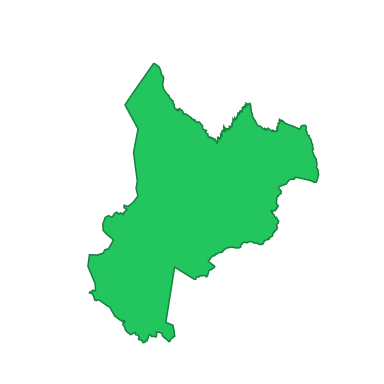 Bodi, Western, Ghana, rotated 161°
{"feature_id": "2480657B1960270363323", "entity_name": "Bodi", "entity_type": "district", "adm_level": 2, "iso_a3": "GHA", "parent_name": "Ghana", "parent_adm1": "Western", "projection": "equal_earth", "projection_center": [-2.872, 6.24], "detail": "fine", "context": "isolated", "style": "filled", "palette": "green", "viewbox_px": 384, "rotation_deg": 161, "n_neighbors": 0, "source": "geoboundaries", "source_scale": "gbopen_adm2", "svg_char_len": 6004}
<svg xmlns="http://www.w3.org/2000/svg" viewBox="0 0 384 384"><g transform="rotate(161 192 192)"><path d="M115.6,255.9L116.0,254.8L116.8,255.2L116.7,254.2L117.5,254.2L118.5,251.3L118.8,251.4L119.6,253.0L120.1,253.1L121.8,250.4L122.1,250.5L122.4,251.8L122.7,251.8L123.7,249.7L124.4,248.9L125.0,248.9L125.5,247.0L126.4,246.7L126.7,247.2L127.3,246.6L127.6,248.0L128.1,246.9L129.1,246.1L129.5,247.5L130.1,245.6L131.8,243.4L132.1,243.6L132.6,241.0L133.7,240.8L133.4,241.5L134.2,241.3L135.3,242.0L135.7,240.8L135.6,239.7L136.4,240.1L136.6,239.5L137.9,240.2L138.1,239.5L138.6,240.3L138.9,239.9L139.3,240.2L139.7,241.5L140.5,242.6L140.5,243.8L141.1,242.9L140.8,241.8L141.2,241.6L141.5,240.5L140.7,239.7L141.4,239.5L141.3,238.7L142.2,239.2L142.1,240.1L143.5,240.2L143.9,238.9L145.3,238.1L145.0,237.8L145.5,236.8L145.2,236.2L145.4,235.1L145.8,235.2L145.8,236.0L146.3,236.6L146.7,234.9L147.7,234.0L147.8,233.3L148.2,233.9L148.9,233.4L149.1,234.0L148.5,234.2L149.2,235.2L149.7,234.6L150.1,235.0L151.3,231.1L152.1,230.2L152.4,230.2L152.0,230.8L152.4,232.4L153.2,232.6L153.0,234.4L153.7,235.0L154.3,234.8L154.5,235.8L155.1,236.4L155.7,236.4L156.0,237.0L156.3,236.8L156.8,238.1L157.3,237.7L158.3,238.3L158.7,239.9L158.2,241.0L158.1,241.7L159.3,242.8L160.0,244.4L158.3,245.2L158.3,245.5L160.9,247.2L161.1,249.1L160.5,251.6L161.5,253.3L162.1,255.6L163.0,256.1L164.0,256.0L165.6,257.5L165.9,259.4L167.0,259.1L167.2,260.5L168.2,261.0L168.7,263.0L169.8,263.7L170.9,266.1L171.9,266.8L172.6,268.0L174.6,268.4L174.5,271.8L175.5,273.2L176.4,273.6L176.4,275.0L177.3,274.9L177.5,274.1L178.1,274.2L178.3,273.7L178.8,274.2L179.4,273.8L179.6,274.2L179.2,274.9L180.9,276.4L180.9,278.3L180.5,280.2L180.7,282.6L180.4,284.2L180.8,284.3L180.5,284.7L181.0,285.1L182.4,288.0L182.5,290.6L184.3,294.3L185.3,298.6L184.9,303.1L183.2,305.9L181.6,309.3L181.7,310.7L182.6,313.4L182.1,316.1L182.2,320.1L182.5,321.5L183.3,321.9L183.7,323.0L184.6,324.5L186.5,326.0L213.6,306.3L227.0,296.2L222.5,269.2L234.4,248.5L240.2,220.1L243.7,213.8L244.4,205.9L251.5,201.1L257.3,199.2L260.4,201.6L261.4,199.4L259.3,196.6L263.3,194.6L264.2,193.2L264.7,194.2L265.4,194.1L265.7,195.1L266.1,195.4L268.1,195.0L269.6,197.2L270.2,197.5L272.2,197.0L274.8,194.8L276.0,194.4L276.9,194.9L278.3,196.8L282.4,196.2L286.7,190.8L288.5,184.7L286.3,179.6L281.8,172.3L289.8,165.2L291.4,165.8L293.4,165.6L295.9,163.1L302.3,163.3L309.4,166.1L314.6,155.7L313.4,136.7L315.3,130.4L315.5,129.9L316.6,130.3L317.1,131.2L317.6,131.5L319.6,130.5L320.7,130.9L321.7,130.2L320.8,129.9L320.9,129.4L319.8,129.7L319.3,128.2L319.5,127.4L318.8,126.3L318.9,125.4L318.5,124.4L319.1,123.6L319.2,121.6L317.8,120.4L317.0,120.7L315.7,120.4L314.5,119.5L309.0,111.7L307.2,109.9L306.2,103.7L305.6,101.9L305.8,100.2L304.6,98.8L301.9,94.5L301.2,94.1L300.0,92.0L298.3,92.6L297.8,92.3L298.2,90.8L298.6,91.2L298.9,90.6L300.3,89.9L300.5,88.5L300.3,87.6L299.6,86.8L299.6,85.4L300.0,83.8L298.5,80.0L297.1,78.2L296.9,77.3L296.2,77.0L291.9,77.7L291.5,75.1L290.3,74.9L289.5,73.5L289.1,72.0L290.4,70.9L290.2,69.5L288.0,68.4L287.7,67.6L287.6,65.9L287.0,65.3L285.3,65.3L284.0,66.4L283.0,65.9L281.8,67.7L280.7,68.3L279.9,70.2L278.4,70.8L277.5,70.3L277.5,68.7L274.4,67.5L273.1,66.6L271.7,68.9L271.7,70.7L270.7,71.0L268.1,69.5L266.3,67.8L266.8,65.8L265.3,62.5L264.3,61.9L263.4,59.4L262.7,59.1L262.5,58.0L261.5,58.0L259.7,60.0L256.9,60.7L256.5,61.2L255.2,61.3L255.0,63.5L254.4,65.0L253.4,72.3L259.2,77.2L232.9,126.7L218.2,108.6L216.9,108.3L216.3,109.5L215.1,110.1L213.3,109.4L212.7,110.2L207.2,109.0L206.3,107.4L205.7,107.0L203.7,108.9L201.8,112.0L200.1,112.5L198.6,112.3L197.7,113.0L195.8,113.2L194.7,114.3L199.2,121.1L193.7,124.9L192.1,124.4L190.9,124.6L190.2,125.6L188.5,125.2L186.7,125.9L183.0,125.2L181.2,126.6L177.6,127.7L172.7,127.1L167.9,124.4L165.2,123.8L163.6,124.3L163.3,125.7L162.3,126.5L161.3,126.6L160.2,127.6L159.0,127.6L156.5,126.0L154.7,126.4L152.9,126.2L151.5,125.5L150.2,123.7L147.1,122.3L145.5,120.5L144.0,119.9L141.8,119.7L139.2,122.4L136.0,122.4L135.6,122.8L135.3,122.2L134.0,122.5L133.8,123.3L133.1,123.8L130.8,123.9L129.7,124.7L129.5,126.0L128.1,127.0L127.6,127.0L126.9,127.9L126.2,127.9L125.6,128.8L124.1,128.8L122.7,130.8L123.0,133.3L120.6,134.7L120.0,135.8L119.5,136.1L120.4,138.8L120.4,140.5L120.9,140.3L121.5,140.7L121.9,141.5L122.0,143.6L122.8,146.1L123.5,146.9L123.3,147.8L122.8,148.3L122.4,146.9L122.0,147.8L121.2,147.6L120.4,148.0L119.3,147.1L118.9,147.4L118.5,148.2L117.2,148.6L117.4,149.6L115.1,150.2L115.3,151.0L115.0,151.7L115.7,152.5L116.0,153.8L115.2,154.9L115.5,155.4L114.3,157.4L113.5,159.7L111.8,159.8L111.0,160.9L108.4,161.5L107.9,162.2L107.3,163.9L107.8,164.7L108.8,167.9L107.3,169.1L106.0,168.7L101.2,168.8L100.1,169.0L97.4,171.0L95.4,172.0L91.1,170.8L89.7,172.2L87.8,171.4L78.1,165.5L74.6,162.9L73.2,161.2L71.2,160.8L68.8,163.8L67.3,166.5L66.5,167.1L66.6,168.9L65.7,171.3L66.2,175.3L65.6,176.0L64.5,178.4L64.6,179.7L63.8,182.7L64.6,185.7L64.9,189.4L64.8,191.5L63.3,193.2L63.3,196.2L62.5,197.3L62.9,199.7L62.3,202.1L63.1,205.3L62.9,207.3L64.0,208.2L64.4,209.3L63.7,211.5L64.1,212.4L64.0,214.2L63.4,214.8L62.6,216.5L63.0,217.5L63.5,218.0L63.5,218.5L66.6,219.0L67.6,218.5L69.5,216.2L75.9,222.1L78.9,224.3L81.3,226.6L81.8,226.6L82.3,228.5L83.3,230.2L84.0,229.8L84.1,230.4L84.7,230.8L85.5,232.2L86.4,231.2L85.9,229.5L86.8,229.3L87.1,228.6L88.2,229.0L88.8,226.9L89.4,226.1L90.1,226.0L90.7,225.3L90.3,224.5L91.1,224.3L90.8,223.3L91.5,221.6L91.6,222.8L92.1,222.4L92.8,222.4L92.9,221.9L94.5,222.6L94.8,223.9L95.1,222.8L95.3,222.9L95.4,223.9L95.7,224.2L96.1,223.2L96.7,223.2L96.9,224.0L97.9,224.9L98.1,226.0L99.1,226.5L99.4,227.5L100.2,226.6L100.4,227.1L101.9,226.9L101.6,228.2L102.0,227.6L102.6,228.4L103.0,227.5L103.9,227.9L105.3,231.0L106.2,232.1L108.3,233.2L108.9,238.0L110.2,243.5L109.6,245.8L109.7,248.3L109.4,250.2L108.8,253.2L108.2,254.3L108.5,255.5L108.3,256.7L109.0,256.5L109.3,257.0L110.8,256.4L110.9,257.2L111.9,258.2L111.8,257.1L112.3,257.3L112.8,256.1L113.5,256.7L113.6,255.4L113.9,254.8L114.7,255.8L115.6,255.9Z" fill="#22c55e" stroke="#15803d" stroke-width="1.5"/></g></svg>